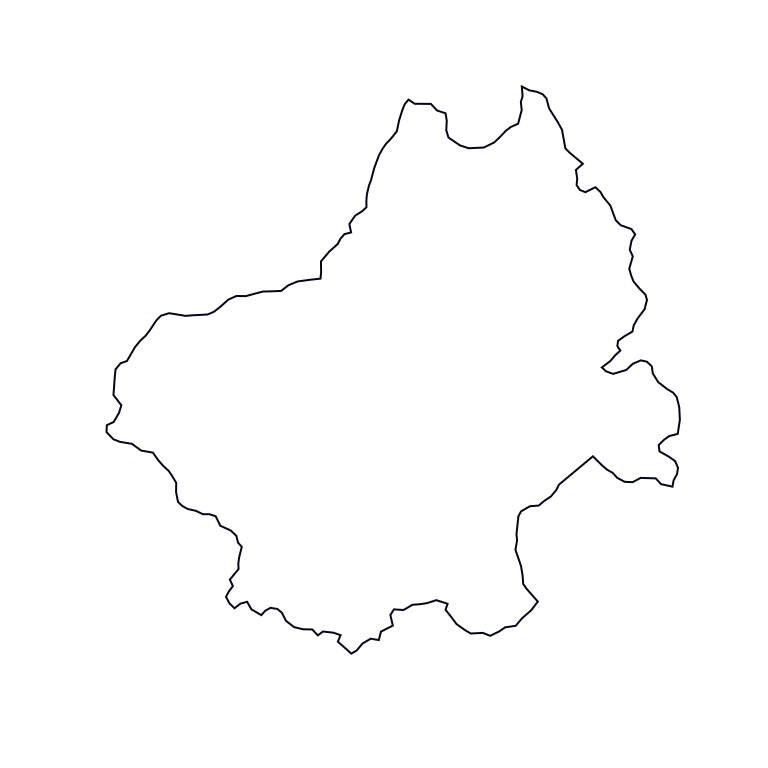 the district of São João da Boa Vista, São Paulo, Brazil, rotated 256°
{"feature_id": "56859067B11847187620015", "entity_name": "São João da Boa Vista", "entity_type": "district", "adm_level": 2, "iso_a3": "BRA", "parent_name": "Brazil", "parent_adm1": "São Paulo", "projection": "natural_earth1", "projection_center": [-46.804, -21.966], "detail": "fine", "context": "isolated", "style": "outline", "palette": "ink", "viewbox_px": 768, "rotation_deg": 256, "n_neighbors": 0, "source": "geoboundaries", "source_scale": "gbopen_adm2", "svg_char_len": 3226}
<svg xmlns="http://www.w3.org/2000/svg" viewBox="0 0 768 768"><g transform="rotate(256 384 384)"><path d="M654.0,476.6L650.5,471.8L645.4,468.1L636.1,462.4L626.1,457.6L620.6,450.4L616.5,444.0L612.7,439.6L607.3,434.6L596.1,426.9L584.9,420.7L580.3,417.5L572.4,413.4L566.7,411.4L559.7,409.7L556.8,404.2L554.3,396.7L547.6,389.1L539.0,388.7L539.0,381.9L535.6,377.0L531.0,372.9L525.8,363.0L518.2,352.5L507.6,350.0L501.6,347.9L503.0,337.6L504.4,324.9L503.0,315.3L499.2,306.7L501.2,296.9L503.0,289.0L502.9,280.3L502.7,271.2L505.1,262.1L503.6,253.5L498.3,243.4L495.2,236.4L494.1,229.6L497.0,214.8L498.1,208.0L504.7,192.6L504.2,184.0L500.7,178.4L492.9,169.9L488.3,164.1L485.2,158.3L480.0,151.3L473.4,144.9L468.5,140.1L467.8,133.3L463.2,127.1L456.7,124.7L448.0,121.9L438.8,118.8L426.9,124.0L420.1,119.9L412.5,112.5L411.1,105.1L404.5,103.1L395.8,108.1L391.8,113.7L386.9,125.0L378.2,132.2L373.3,143.2L364.4,146.6L357.7,150.1L351.7,154.1L345.9,156.2L338.4,158.5L329.4,156.1L319.4,155.6L314.3,158.9L310.2,163.3L306.5,170.7L301.5,176.8L299.9,183.0L296.4,188.7L286.0,190.9L279.0,199.8L272.4,204.0L265.3,204.0L260.4,206.6L250.6,201.4L245.0,199.2L239.6,198.1L235.8,192.9L231.5,187.1L224.5,188.5L220.0,183.0L215.7,179.2L208.5,181.0L202.6,184.7L205.6,191.5L205.8,198.5L197.5,200.8L189.4,209.0L192.7,213.9L194.3,219.7L191.5,226.1L186.8,229.6L177.9,231.6L169.9,237.9L165.6,246.1L163.2,255.0L156.1,259.0L158.6,264.9L154.9,274.8L150.8,281.1L145.1,276.9L136.2,283.1L130.3,287.0L132.0,293.0L137.3,300.2L140.1,309.5L136.8,317.0L144.5,321.2L147.4,334.1L158.3,334.3L162.9,339.1L160.0,348.3L162.9,358.2L161.6,365.8L161.0,372.9L161.6,382.5L155.4,392.5L150.0,389.1L141.6,392.9L133.5,396.3L125.4,403.2L120.9,407.9L118.6,419.7L114.0,426.1L116.0,435.7L118.6,442.7L117.5,453.2L123.4,461.5L128.9,472.2L135.7,480.6L150.6,472.9L156.3,470.7L164.4,472.1L173.9,472.9L182.6,472.2L191.2,471.4L200.1,475.3L206.2,476.2L223.1,482.4L227.3,486.2L230.1,496.1L228.6,504.7L231.8,511.2L234.5,518.7L239.4,525.5L244.0,529.4L263.3,569.2L252.0,576.1L246.8,579.8L242.6,584.3L236.4,587.7L230.8,594.0L228.6,601.5L230.8,610.3L226.7,624.8L219.8,628.6L214.6,639.1L220.3,641.6L225.8,646.6L231.6,649.0L238.8,647.8L244.5,642.9L252.0,635.0L258.4,635.8L262.1,642.2L264.5,648.1L264.5,656.9L277.6,662.4L289.7,664.8L295.2,664.9L300.7,664.8L305.7,662.4L310.8,657.3L319.5,650.5L329.2,647.4L336.4,648.1L342.1,644.4L344.8,638.9L343.4,630.3L339.0,622.4L338.4,608.7L342.7,602.4L347.4,599.4L351.5,609.1L356.1,615.5L359.2,621.4L364.4,619.6L369.3,621.6L372.2,628.9L374.8,637.8L380.5,640.5L386.0,645.7L393.5,654.9L401.9,659.5L407.4,659.3L414.9,654.9L423.2,650.9L429.2,650.1L436.4,649.8L447.7,656.3L454.8,654.9L463.1,658.8L468.4,663.9L474.5,661.5L480.8,652.1L486.8,648.5L493.8,647.7L502.3,646.8L511.9,642.2L517.9,640.5L523.8,636.7L521.4,625.8L524.9,621.0L530.4,619.0L536.7,621.2L545.3,622.0L549.6,630.2L563.2,620.3L568.7,617.0L587.6,618.2L596.6,615.8L611.3,610.9L621.9,610.7L626.8,608.0L630.5,603.1L633.8,596.0L639.3,589.7L629.7,588.1L624.6,585.0L616.5,583.9L604.1,577.1L602.7,569.2L600.0,563.1L595.7,556.4L591.7,549.3L589.3,538.0L592.3,523.1L597.2,515.4L607.5,506.2L615.1,505.8L624.3,508.6L631.8,509.2L636.6,501.6L644.5,497.2L648.4,481.7L654.0,476.6Z" fill="none" stroke="#020617" stroke-width="2"/></g></svg>